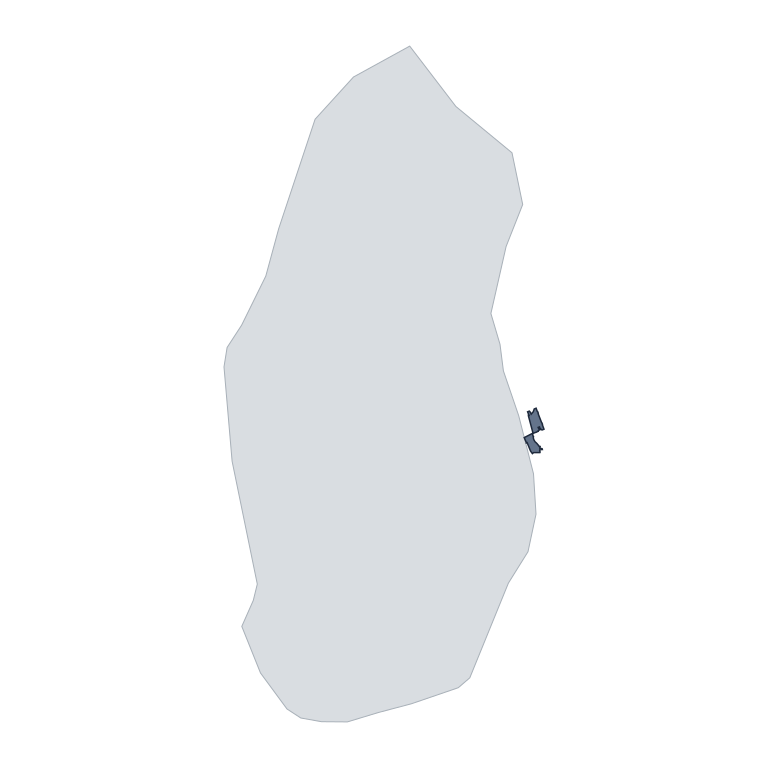 location of 49, Ad Dawhah, Qatar
{"feature_id": "91078587B40201324753921", "entity_name": "49", "entity_type": "district", "adm_level": 2, "iso_a3": "QAT", "parent_name": "Qatar", "parent_adm1": "Ad Dawhah", "projection": "robinson", "projection_center": [51.615, 25.249], "detail": "fine", "context": "in_parent", "style": "filled", "palette": "slate", "viewbox_px": 768, "rotation_deg": 0, "n_neighbors": 0, "source": "geoboundaries", "source_scale": "gbopen_adm2", "svg_char_len": 2808}
<svg xmlns="http://www.w3.org/2000/svg" viewBox="0 0 768 768"><path d="M411.3,703.8L378.4,712.5L347.4,721.9L321.5,721.7L300.8,718.0L287.0,709.0L260.5,673.0L241.8,626.4L253.3,600.4L257.3,584.1L232.1,461.2L224.0,366.9L227.1,347.5L241.6,325.2L265.8,276.1L278.7,228.7L315.1,119.2L353.5,77.0L409.7,46.1L455.9,106.5L512.0,152.8L522.7,204.5L506.1,246.5L490.9,313.5L500.0,344.3L503.4,370.9L518.7,415.7L533.5,473.8L536.0,514.2L528.0,551.7L508.4,583.1L469.8,677.8L458.3,687.7L411.3,703.8Z" fill="#d9dde1" stroke="#a8b0b8" stroke-width="1"/><path d="M539.9,452.6L540.0,452.4L539.9,452.3L539.9,451.3L539.9,451.2L539.7,451.0L539.7,450.9L539.7,450.7L539.8,450.7L539.8,450.9L539.9,451.0L540.0,451.0L540.0,450.9L540.0,449.5L540.2,449.2L540.4,448.8L541.6,449.0L541.7,449.6L542.1,449.6L541.7,449.5L541.6,449.1L541.8,449.0L541.6,449.0L540.2,448.7L540.1,449.0L540.0,448.7L541.8,448.9L541.2,448.7L540.1,448.5L539.9,448.6L539.9,448.3L540.1,448.3L541.5,448.7L541.8,448.7L542.0,448.7L542.1,448.8L542.1,449.0L542.2,449.5L542.3,449.5L542.2,449.2L542.2,448.8L542.1,448.7L541.8,448.6L541.6,448.6L540.7,448.4L540.3,448.2L540.0,448.3L540.0,447.2L540.1,446.7L539.8,446.7L539.8,446.4L539.1,446.4L538.9,446.0L538.8,445.8L538.7,445.6L538.4,445.3L538.2,445.0L537.7,444.5L537.1,443.7L536.6,443.2L536.0,442.6L535.5,442.2L535.1,441.8L534.8,441.4L534.3,440.5L534.0,440.0L533.7,439.3L533.5,438.7L533.4,438.0L533.3,437.0L533.5,436.5L533.5,436.4L533.4,436.3L533.2,436.3L533.1,436.2L533.0,435.9L532.9,435.4L532.7,435.0L532.7,434.7L532.7,434.2L532.8,434.1L532.8,433.5L533.4,433.3L533.7,433.1L533.8,433.1L535.0,432.6L536.0,432.3L536.8,432.0L537.1,431.8L537.5,431.5L537.8,431.4L538.0,431.4L538.3,431.3L538.3,431.2L538.2,430.9L538.2,430.7L538.3,430.6L539.1,430.2L539.3,430.0L539.4,429.9L539.4,429.7L539.3,429.4L539.2,429.3L539.1,429.2L538.9,428.8L538.8,428.6L538.7,428.4L538.6,428.2L538.3,427.9L538.3,427.7L538.2,427.6L538.3,427.5L538.3,427.4L538.5,427.4L538.8,427.5L538.9,427.8L539.0,427.9L539.1,427.7L539.1,427.3L539.1,427.0L539.2,426.9L539.3,426.8L539.5,426.9L539.5,427.0L539.6,427.3L539.7,427.5L539.7,427.9L539.7,428.0L539.8,428.1L539.9,428.3L540.0,428.3L540.2,428.5L540.1,428.8L540.2,429.0L540.2,429.4L540.2,429.5L540.3,429.6L540.5,429.6L540.5,429.4L540.6,429.2L540.8,429.1L541.0,429.2L541.1,429.3L541.3,429.5L541.6,429.8L541.8,429.9L542.0,429.9L542.4,429.9L544.0,429.2L542.3,424.6L542.5,424.3L541.9,422.8L541.6,422.6L538.1,413.6L538.3,413.2L537.7,411.7L537.3,411.5L536.1,408.2L534.2,409.0L533.8,410.3L533.7,410.5L533.3,411.7L531.2,414.2L530.4,412.3L529.3,411.1L527.6,411.8L528.7,414.6L528.9,414.9L529.1,415.5L528.7,415.6L528.6,415.1L528.4,415.1L528.4,415.3L528.4,415.8L533.0,433.1L524.2,437.6L526.4,442.7L526.4,442.9L527.1,442.6L530.1,450.0L530.7,451.3L532.4,453.6L533.6,452.6L539.9,452.6Z" fill="#64748b" stroke="#1e293b" stroke-width="1.5"/></svg>